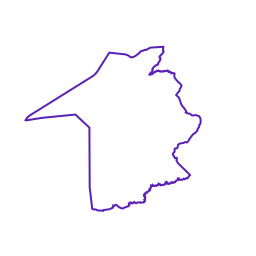 the district of Chilubi, Northern, Zambia, rotated 46°
{"feature_id": "96606910B6838055437947", "entity_name": "Chilubi", "entity_type": "district", "adm_level": 2, "iso_a3": "ZMB", "parent_name": "Zambia", "parent_adm1": "Northern", "projection": "natural_earth1", "projection_center": [30.483, -11.09], "detail": "fine", "context": "isolated", "style": "outline", "palette": "violet", "viewbox_px": 256, "rotation_deg": 46, "n_neighbors": 0, "source": "geoboundaries", "source_scale": "gbopen_adm2", "svg_char_len": 5679}
<svg xmlns="http://www.w3.org/2000/svg" viewBox="0 0 256 256"><g transform="rotate(46 128 128)"><path d="M51.2,196.3L51.6,196.2L61.2,182.5L81.8,156.5L100.9,155.5L144.2,196.9L159.5,208.5L160.5,209.5L161.2,209.8L161.7,209.8L163.2,208.9L163.5,208.4L164.1,207.8L165.4,207.4L166.9,206.5L168.2,205.2L169.2,204.4L169.5,203.9L170.3,203.5L170.3,203.3L170.0,202.8L170.0,202.5L170.7,201.8L171.5,200.5L173.3,198.2L173.8,197.1L174.8,194.1L174.3,193.8L173.5,192.5L174.2,192.4L174.4,192.1L174.6,191.7L174.5,191.0L174.9,190.0L176.0,189.6L178.4,189.5L180.3,188.9L180.8,188.7L181.9,187.8L182.5,187.2L182.8,185.7L183.7,184.0L184.0,182.8L184.7,181.9L184.2,181.1L184.2,180.0L183.0,180.0L182.8,179.8L182.8,179.1L183.3,178.0L183.6,177.5L183.9,177.4L185.0,177.4L185.4,177.2L185.5,176.8L185.4,175.8L185.5,174.9L186.9,174.8L187.8,174.5L188.0,173.9L188.1,173.1L188.4,172.4L189.7,171.5L189.9,170.9L190.6,170.8L191.3,169.6L192.5,168.3L192.4,168.0L192.1,168.0L192.0,167.7L192.1,167.4L192.5,167.1L192.3,166.5L191.5,166.1L191.3,165.6L191.1,165.6L190.9,165.7L190.9,165.3L190.7,164.9L190.7,164.5L190.2,164.2L190.0,164.3L189.6,164.2L189.4,163.8L188.9,163.6L188.9,163.4L188.4,163.7L188.2,163.3L187.7,163.2L187.7,162.9L187.2,162.9L187.4,162.2L187.2,162.2L186.9,161.8L187.1,161.2L186.8,160.3L186.9,159.9L187.3,160.1L187.8,159.3L187.5,158.8L187.4,158.1L187.5,157.8L187.9,157.3L187.6,156.6L188.0,155.8L187.4,155.7L187.5,154.7L186.8,154.5L186.9,154.2L186.8,153.9L186.9,153.4L186.6,152.7L186.1,152.4L186.0,151.9L185.7,151.9L185.3,151.3L185.7,151.2L185.8,151.3L185.9,151.0L186.1,151.1L186.1,150.9L186.2,151.0L186.5,150.7L186.4,150.4L186.6,150.5L186.7,150.0L187.3,150.1L187.7,149.8L187.6,149.3L187.8,149.2L188.3,148.9L188.5,148.4L188.4,148.3L188.5,148.0L188.7,147.7L188.9,147.6L188.9,147.8L189.4,147.7L189.5,146.5L189.8,146.1L189.7,145.7L190.0,145.6L189.9,145.1L189.7,144.9L190.0,144.9L190.2,144.3L190.5,144.1L191.0,144.5L191.4,144.3L191.8,144.4L191.9,144.2L191.9,143.9L192.1,143.7L192.2,143.8L192.4,143.7L192.5,143.4L192.6,143.1L192.9,142.8L192.8,142.6L193.0,142.4L193.3,142.5L193.6,142.1L193.8,141.7L193.9,140.9L194.1,140.5L193.8,140.0L194.0,140.0L194.1,139.7L194.4,139.7L194.3,138.9L194.0,138.8L193.7,138.9L193.3,138.6L193.3,137.8L193.8,137.8L194.1,137.6L194.9,137.8L195.4,137.7L195.5,137.8L195.7,138.0L196.0,138.1L196.5,137.6L196.5,137.1L196.9,136.9L196.8,136.5L197.2,136.2L197.1,135.8L197.4,135.4L197.1,135.0L197.1,134.6L197.5,134.5L197.7,134.0L198.2,134.1L198.6,133.8L198.5,133.5L198.7,133.2L199.0,133.2L199.0,132.3L199.3,131.9L199.6,131.9L199.6,131.4L199.3,130.9L199.5,130.3L199.3,129.6L199.6,129.3L199.6,129.0L199.8,128.4L200.1,128.0L199.8,127.8L199.7,127.6L199.2,127.5L198.9,127.2L199.5,126.5L199.8,126.9L200.3,127.1L200.8,127.0L201.2,126.6L201.5,126.6L202.1,125.8L202.7,125.3L202.9,124.5L203.4,123.8L203.5,123.5L203.3,123.4L203.2,123.1L203.4,123.0L203.7,123.2L204.3,122.8L204.4,122.5L204.4,121.9L204.5,121.3L204.8,121.0L204.7,120.8L204.7,120.5L205.3,120.2L205.5,119.1L205.0,117.9L205.0,116.2L204.3,116.0L188.1,116.5L185.3,115.8L184.8,115.4L184.2,114.2L183.7,113.8L183.2,113.8L182.9,114.0L182.5,115.0L182.3,115.1L181.7,115.1L180.1,114.4L179.0,114.4L177.9,113.9L177.6,113.3L177.4,110.9L175.7,109.3L175.4,108.8L175.5,108.2L176.3,107.4L176.4,107.0L176.6,106.7L176.7,106.4L175.8,105.0L175.0,104.0L174.8,103.6L175.0,103.0L174.9,102.4L175.5,101.0L177.4,98.3L177.6,97.3L178.0,96.5L178.3,96.3L179.1,95.9L179.4,95.2L179.4,94.0L178.9,92.3L178.4,91.3L178.6,90.5L178.4,89.6L178.0,88.7L178.0,87.8L177.7,85.6L177.8,84.6L178.3,83.5L178.1,82.4L178.2,81.2L177.8,79.5L177.4,79.1L177.4,78.9L177.0,78.5L176.8,77.9L176.8,76.6L176.1,75.4L175.3,74.5L175.2,74.2L175.4,73.8L174.9,72.5L173.3,70.7L171.9,69.6L170.2,68.9L169.1,68.7L168.2,69.0L165.9,70.2L163.6,73.2L161.4,73.4L160.6,73.7L159.7,74.5L158.7,75.0L157.1,75.6L157.1,74.8L153.8,74.0L151.1,73.7L149.9,73.7L146.5,72.7L145.2,71.9L143.7,71.3L142.2,70.5L140.8,70.3L137.7,70.4L137.4,69.2L137.1,65.3L135.9,63.6L135.5,61.9L134.8,60.2L133.5,59.7L131.8,59.7L130.5,59.9L128.1,59.9L126.4,59.8L124.3,59.5L122.5,58.4L121.2,56.7L120.2,57.0L118.8,58.8L118.5,58.4L118.1,58.7L117.8,58.5L117.3,58.6L117.2,58.5L116.8,58.5L116.2,59.0L116.2,59.6L115.9,59.9L115.6,59.9L115.3,59.5L114.9,59.6L114.8,59.4L114.1,59.6L113.9,60.4L113.6,60.8L113.4,61.2L112.9,61.7L112.6,61.7L112.2,62.2L112.3,62.4L112.1,62.5L112.1,63.0L111.8,63.0L111.5,63.3L111.0,64.4L110.7,64.5L110.6,65.0L110.3,65.2L110.0,65.1L109.4,65.3L109.0,66.0L108.7,66.0L108.6,66.3L108.0,66.6L107.8,66.5L107.7,66.8L107.4,66.8L107.3,67.5L107.1,67.6L107.1,67.9L106.8,68.3L106.8,68.6L106.4,68.9L106.3,69.5L106.6,70.0L106.2,70.8L105.8,72.3L105.9,72.6L106.1,72.8L106.0,73.5L105.4,73.8L105.3,74.4L105.0,74.7L105.1,75.0L104.8,75.2L104.7,75.4L104.5,75.5L104.2,74.7L104.3,74.1L103.9,73.3L104.0,72.8L104.3,72.5L104.2,71.1L103.7,70.3L102.9,70.1L102.9,69.6L102.4,69.0L102.2,68.3L102.3,68.1L102.1,67.5L102.2,65.4L102.1,65.1L102.4,64.6L102.4,64.3L102.7,63.7L102.7,63.3L103.0,62.8L103.0,62.2L102.8,61.9L102.5,61.7L102.4,61.2L102.2,60.9L102.3,60.7L101.9,59.7L101.9,58.7L100.8,56.8L100.9,56.6L100.5,56.3L100.3,56.4L100.0,56.3L99.5,56.4L99.0,56.3L98.7,56.0L98.7,55.7L98.4,55.1L98.4,54.6L98.6,54.3L98.3,53.6L98.4,52.9L98.5,52.6L98.3,51.9L98.4,51.5L98.3,50.7L98.1,50.6L98.1,50.1L97.7,49.9L97.8,49.5L97.5,49.3L97.2,49.0L96.5,48.9L95.8,48.4L95.6,47.8L95.0,47.0L94.1,46.2L85.8,56.0L85.0,58.5L84.9,59.0L84.5,59.8L84.5,60.5L84.3,61.0L83.3,61.9L82.8,63.5L82.1,64.5L81.7,65.2L81.7,66.2L81.9,66.7L81.7,67.6L81.9,68.0L81.8,68.3L81.8,69.0L81.6,69.5L81.5,71.9L81.2,72.8L80.9,74.2L80.4,75.3L80.0,75.6L79.6,76.5L78.6,77.1L76.8,77.2L73.3,78.7L60.8,89.1L66.1,111.0L66.4,113.6L66.4,116.4L51.0,188.7L50.7,190.7L50.5,193.5L51.2,196.3Z" fill="none" stroke="#5b21b6" stroke-width="2"/></g></svg>